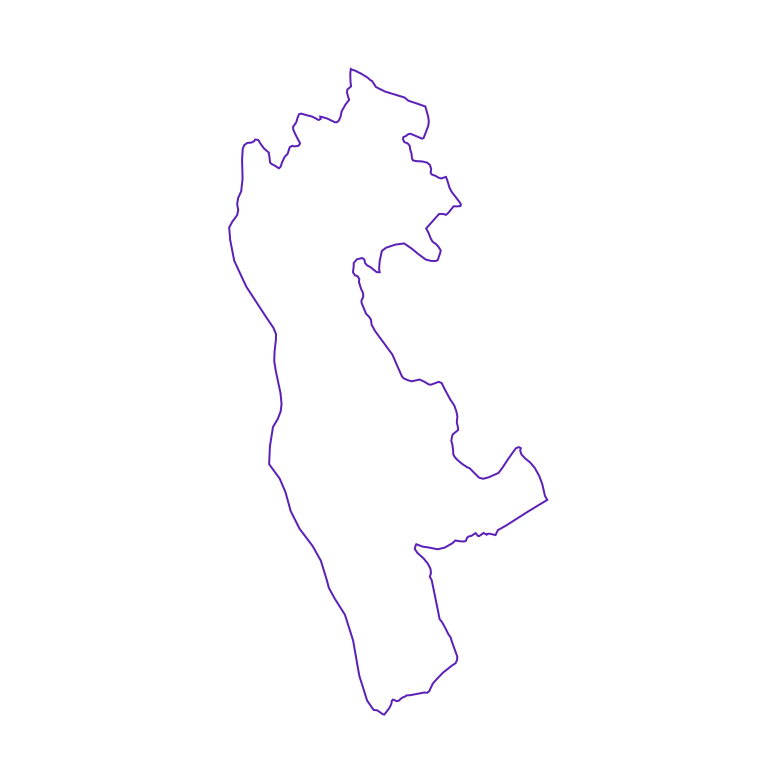 an SVG outline of Republic of the Congo, rotated 148°
{"feature_id": "COG", "entity_name": "Republic of the Congo", "entity_type": "country or territory", "adm_level": 0, "iso_a3": "COG", "parent_name": "Africa", "parent_adm1": "", "projection": "equal_earth", "projection_center": [14.374, -0.658], "detail": "fine", "context": "isolated", "style": "outline", "palette": "violet", "viewbox_px": 768, "rotation_deg": 148, "n_neighbors": 0, "source": "natural_earth", "source_scale": "50m", "svg_char_len": 4040}
<svg xmlns="http://www.w3.org/2000/svg" viewBox="0 0 768 768"><g transform="rotate(148 384 384)"><path d="M201.9,597.5L204.8,587.4L207.0,582.7L209.6,579.5L220.1,571.6L221.7,571.9L228.9,582.2L231.2,583.0L233.8,582.7L236.8,583.1L238.3,581.1L238.6,578.4L236.4,575.5L236.0,572.3L237.6,568.8L238.5,565.0L240.7,560.5L241.0,558.4L238.6,556.0L233.7,552.5L230.3,549.1L229.0,545.8L229.9,541.6L232.6,538.2L232.5,536.4L230.1,533.3L228.4,530.1L226.6,528.0L221.7,526.8L222.6,522.4L224.4,515.9L224.8,511.0L223.5,498.0L223.6,495.6L224.9,494.4L227.9,495.9L230.8,497.8L238.9,495.0L241.7,494.6L244.0,497.1L247.2,499.0L265.8,493.6L266.2,488.1L267.2,483.1L267.4,479.3L266.6,476.9L265.7,475.1L265.1,471.3L265.1,467.3L266.9,465.4L272.8,460.6L274.7,460.8L278.8,463.4L282.7,467.5L286.1,476.1L288.5,483.5L292.4,492.5L300.5,496.2L310.1,498.5L315.4,497.9L322.8,490.2L327.1,484.3L328.4,481.1L330.9,482.7L333.7,490.6L335.5,493.6L335.9,496.5L334.7,500.1L335.9,502.5L341.1,504.1L345.6,502.6L347.7,499.4L351.1,495.2L351.1,491.7L349.3,489.4L349.3,486.2L351.2,483.8L353.0,477.0L353.6,472.1L355.4,468.9L358.8,466.8L360.0,464.8L362.0,453.1L361.0,448.8L361.0,445.3L363.1,440.9L363.5,433.5L362.6,421.5L362.0,413.3L361.3,404.6L363.0,393.3L364.7,381.4L364.4,378.5L362.0,374.9L359.1,371.6L351.4,368.9L348.6,364.6L346.4,360.1L344.7,358.6L336.4,356.8L334.6,354.2L335.3,346.9L336.0,336.0L335.8,328.4L337.2,322.3L338.9,317.7L342.6,312.9L344.6,307.1L345.6,305.7L352.6,304.8L355.1,302.4L357.1,300.0L358.0,296.7L360.4,291.4L362.5,287.7L362.7,285.2L362.3,281.8L360.2,275.1L357.6,269.4L356.1,267.4L353.0,254.2L350.2,251.1L344.6,249.4L334.1,247.9L327.8,250.3L318.2,254.7L310.8,257.8L306.1,259.6L303.2,259.1L302.0,257.1L303.8,255.3L304.8,251.3L303.6,245.6L301.7,240.3L300.6,232.9L301.1,223.7L302.9,215.0L306.8,203.8L307.0,199.2L318.7,199.4L330.3,199.5L343.0,199.4L355.3,199.3L364.9,199.7L369.5,196.8L373.9,201.2L376.1,202.2L376.8,201.8L378.5,204.9L383.9,204.6L384.8,205.3L385.3,209.0L390.3,208.9L392.8,209.8L394.9,209.7L397.8,207.5L399.9,208.2L403.7,211.0L406.5,213.5L410.3,212.7L419.2,213.1L426.1,215.4L432.9,221.8L437.4,225.6L441.5,231.0L443.0,230.1L444.5,228.6L445.3,227.9L445.2,223.2L442.9,215.2L442.0,208.4L442.5,202.8L444.3,198.8L447.2,196.4L447.5,192.6L447.6,192.1L450.9,183.2L454.2,174.3L458.1,163.9L461.4,155.3L461.0,151.1L461.3,144.8L462.0,137.7L461.8,133.5L462.7,130.6L465.0,120.1L466.3,114.0L468.3,111.2L471.3,109.3L475.8,109.2L487.3,107.9L498.1,105.1L501.7,103.9L508.5,99.5L511.1,99.3L513.3,101.0L526.4,106.1L530.0,108.0L531.3,107.7L533.3,108.2L536.3,108.2L539.3,107.6L541.2,108.2L543.6,111.6L545.2,111.2L547.3,108.8L551.3,106.3L558.9,103.5L560.1,104.8L562.7,110.9L565.5,113.0L566.1,124.4L562.4,138.6L559.7,149.3L552.6,166.9L546.2,182.6L539.4,209.0L539.5,228.2L538.8,240.3L536.5,247.7L531.2,267.6L530.4,284.7L532.3,305.7L530.5,325.6L524.9,344.3L522.6,359.1L523.9,376.9L513.7,391.7L500.9,406.4L492.5,410.7L486.1,415.6L481.5,421.3L480.0,424.3L476.6,431.1L468.9,452.3L465.0,461.5L459.7,469.4L452.0,479.1L449.1,483.6L448.0,490.3L448.5,502.4L449.2,539.5L447.9,550.2L445.7,567.9L438.1,587.7L432.4,598.7L426.7,602.0L419.1,605.0L415.5,608.7L413.3,614.2L409.2,619.0L403.0,623.1L395.1,633.1L385.7,649.1L379.2,658.3L375.8,660.7L372.2,660.9L368.5,659.0L365.4,658.7L363.8,659.6L362.8,658.9L361.3,657.4L361.4,653.7L361.0,647.6L359.1,641.3L361.3,636.2L363.2,632.4L362.9,630.4L361.0,627.2L358.8,622.6L356.8,622.9L352.4,626.4L347.9,629.2L343.7,630.3L340.3,633.2L338.5,634.7L335.7,634.7L334.1,633.0L330.6,631.4L328.7,631.9L327.6,632.7L327.2,638.5L326.8,643.4L326.1,648.0L324.9,650.2L319.6,652.5L316.1,655.7L313.0,657.8L311.1,657.3L307.3,653.1L303.5,649.2L301.4,645.9L300.2,643.6L299.5,642.5L297.1,642.4L296.4,644.5L295.2,643.5L291.4,639.1L287.0,632.1L285.4,631.0L283.0,631.2L279.2,633.7L275.4,637.7L268.6,641.4L262.9,643.5L262.4,646.0L261.1,650.4L259.2,653.1L254.2,653.9L252.4,657.8L248.0,665.3L245.2,668.7L244.4,667.2L242.7,665.4L239.1,659.6L235.5,652.4L234.6,649.1L233.6,647.3L233.4,640.0L228.1,631.4L214.8,616.1L213.3,611.5L201.9,597.5Z" fill="none" stroke="#5b21b6" stroke-width="2"/></g></svg>